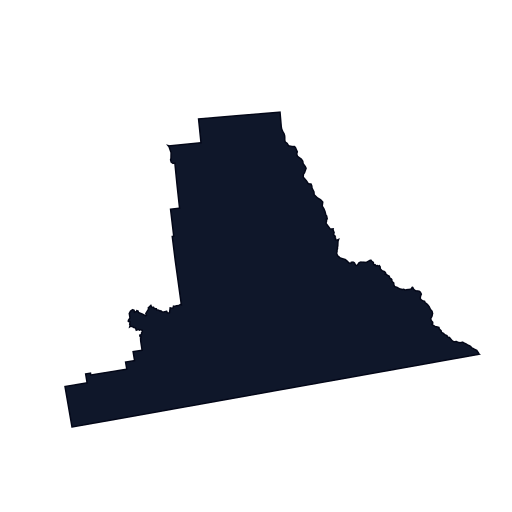 Southeast Fairbanks, Alaska, United States of America, rotated 82°
{"feature_id": "52423323B90612116886659", "entity_name": "Southeast Fairbanks", "entity_type": "district", "adm_level": 2, "iso_a3": "USA", "parent_name": "United States of America", "parent_adm1": "Alaska", "projection": "albers", "projection_center": [-143.381, 63.872], "detail": "fine", "context": "isolated", "style": "filled", "palette": "ink", "viewbox_px": 512, "rotation_deg": 82, "n_neighbors": 0, "source": "geoboundaries", "source_scale": "gbopen_adm2", "svg_char_len": 3874}
<svg xmlns="http://www.w3.org/2000/svg" viewBox="0 0 512 512"><g transform="rotate(82 256 256)"><path d="M116.9,212.2L114.5,253.9L112.3,293.8L136.2,294.7L134.9,326.5L134.4,327.7L135.7,326.9L141.8,325.7L147.5,326.6L148.8,327.2L151.2,326.9L152.7,325.3L152.7,323.4L174.7,324.3L197.1,325.0L198.0,325.0L197.8,334.1L225.0,334.7L225.0,336.2L249.4,336.6L293.8,336.7L293.4,337.3L294.3,339.3L294.2,342.0L294.6,343.1L294.2,344.7L295.8,345.3L296.1,346.4L295.4,348.2L300.1,349.5L300.3,350.9L300.1,351.7L298.3,352.2L298.7,356.2L297.0,357.9L297.3,358.5L296.1,360.0L295.7,361.7L294.4,362.0L293.9,364.0L292.5,364.6L292.4,366.4L290.3,367.0L292.4,369.9L293.5,369.7L297.6,373.1L299.4,372.7L299.9,373.6L297.7,376.6L295.5,380.4L294.2,380.4L293.5,381.6L294.3,382.1L294.8,384.2L292.8,384.3L292.0,385.7L293.1,387.9L295.3,389.5L299.8,389.4L301.9,391.3L303.0,391.5L303.9,389.8L306.1,390.6L306.8,390.2L308.6,390.9L308.2,390.0L308.6,388.4L309.9,386.8L310.4,385.3L312.8,384.9L312.3,382.3L313.2,381.8L312.9,380.5L313.8,379.0L315.5,379.2L316.1,380.0L317.9,380.3L318.2,382.1L319.7,382.0L320.3,380.9L321.6,381.8L324.2,382.0L333.5,381.9L333.6,391.0L342.7,390.8L342.9,399.9L350.1,399.7L350.9,436.2L349.0,436.2L349.1,441.1L358.1,440.9L358.7,463.3L399.7,462.0L398.9,440.4L398.9,438.9L395.8,355.7L392.1,257.4L388.3,154.7L384.3,48.7L384.2,48.8L382.4,49.4L381.1,50.2L380.3,50.4L379.5,51.5L378.8,52.7L378.0,53.6L377.0,55.2L375.5,56.0L374.9,56.7L374.3,57.5L373.6,58.8L372.4,60.1L371.0,62.3L370.1,63.3L370.3,65.9L369.6,68.0L368.5,69.6L368.6,71.9L367.1,73.7L364.4,75.3L363.5,75.9L363.4,76.9L362.5,77.8L361.4,78.0L360.1,80.3L358.9,80.9L358.4,81.6L357.6,82.9L355.8,83.1L353.7,84.7L352.2,84.8L351.3,86.8L350.9,88.4L349.8,89.5L348.8,90.7L348.3,91.4L347.1,90.3L346.1,90.3L344.5,91.4L342.4,91.8L341.2,90.9L339.9,90.0L338.6,89.6L337.4,89.1L336.4,89.3L335.5,89.3L334.6,89.7L334.4,90.0L332.6,90.9L330.3,91.6L328.5,92.6L327.0,93.7L325.9,95.0L324.3,95.4L323.9,96.6L323.0,97.9L321.7,99.1L320.0,99.1L318.3,98.5L316.8,97.6L314.7,98.3L313.6,99.3L313.1,100.9L312.8,102.6L311.8,103.8L310.7,104.6L309.4,105.0L308.8,105.3L308.9,105.9L309.4,106.1L310.0,106.5L310.3,106.7L310.3,107.7L310.5,108.7L310.4,109.6L310.3,111.2L310.5,113.1L309.9,113.7L309.4,114.8L309.6,116.0L308.9,117.1L308.7,118.1L307.7,119.4L306.6,120.8L305.7,122.9L303.9,123.5L301.8,123.4L300.5,124.6L299.2,125.0L299.2,124.9L298.4,124.8L297.5,125.2L296.9,126.3L295.7,126.7L294.4,127.0L293.8,128.0L293.2,128.7L292.3,129.6L291.9,130.7L291.2,130.0L290.4,130.2L289.3,131.0L288.2,133.2L286.0,134.7L283.9,134.6L282.8,135.2L283.2,135.8L282.3,137.2L282.5,138.3L282.1,139.1L281.5,139.0L281.0,139.5L281.4,140.2L280.0,141.0L278.7,140.7L277.1,142.4L276.3,142.6L276.1,143.5L276.6,144.8L277.2,146.3L277.7,147.8L277.2,150.0L276.9,151.8L276.6,153.4L277.1,155.0L278.7,156.4L279.3,157.2L279.4,158.2L278.6,158.8L276.5,159.5L275.6,160.6L275.5,161.6L275.5,162.5L276.5,162.9L275.9,164.9L273.9,166.3L271.9,168.1L271.0,170.1L270.2,171.8L269.1,173.8L268.5,173.8L268.0,174.3L267.7,174.9L267.0,175.1L266.2,175.4L265.4,175.7L264.5,175.7L263.7,175.5L263.0,175.2L262.3,175.0L261.3,175.0L260.2,174.3L259.0,174.2L257.3,173.6L255.6,173.3L252.9,172.8L251.1,171.9L251.6,173.6L250.9,175.0L249.4,174.7L248.3,175.5L247.5,174.8L245.6,176.3L243.7,175.4L240.8,176.1L239.9,175.8L239.7,178.7L233.3,182.2L231.0,181.2L229.4,181.4L229.2,180.3L226.1,180.5L225.4,181.1L221.6,181.5L218.7,182.2L215.8,183.5L211.9,182.4L209.3,184.2L206.8,187.3L203.4,189.9L200.6,189.7L196.5,191.1L194.4,191.0L192.4,191.5L191.8,194.1L188.6,195.6L184.4,198.3L181.5,197.6L180.3,196.4L178.2,195.3L176.1,194.2L174.2,194.8L171.1,196.5L168.7,196.5L166.4,197.6L164.7,199.4L163.0,201.1L160.6,201.5L158.5,200.6L156.6,201.2L154.3,201.8L153.0,202.6L152.7,204.8L151.4,208.4L148.8,209.5L147.2,211.2L145.4,211.4L142.5,211.0L141.0,210.9L138.9,211.2L136.5,212.2L133.8,212.9L131.6,213.0L116.9,212.2Z" fill="#0f172a" stroke="#020617" stroke-width="1.5"/></g></svg>